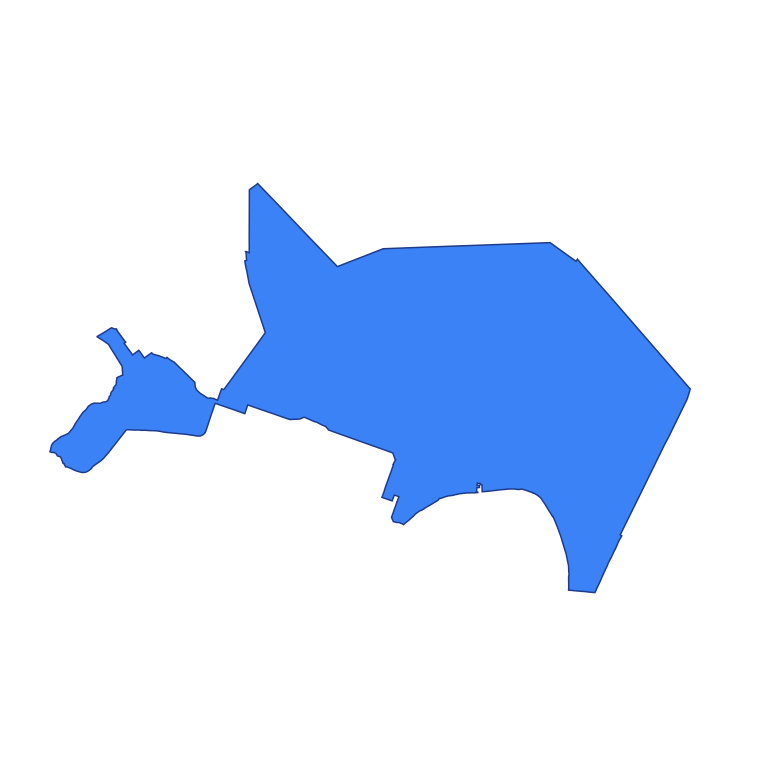 the district of Hilversum, Noord-Holland, Netherlands, rotated 291°
{"feature_id": "6326949B10155979142139", "entity_name": "Hilversum", "entity_type": "district", "adm_level": 2, "iso_a3": "NLD", "parent_name": "Netherlands", "parent_adm1": "Noord-Holland", "projection": "mercator", "projection_center": [5.144, 52.232], "detail": "fine", "context": "isolated", "style": "filled", "palette": "blue", "viewbox_px": 768, "rotation_deg": 291, "n_neighbors": 0, "source": "geoboundaries", "source_scale": "gbopen_adm2", "svg_char_len": 6000}
<svg xmlns="http://www.w3.org/2000/svg" viewBox="0 0 768 768"><g transform="rotate(291 384 384)"><path d="M575.5,488.4L539.6,404.1L528.6,378.3L510.0,334.8L476.9,298.4L494.3,261.2L513.6,220.5L525.9,194.2L524.1,193.3L517.1,188.7L471.3,206.1L463.4,209.2L458.2,211.1L458.3,208.6L458.2,207.9L458.2,207.6L458.0,207.3L457.7,207.7L457.2,208.1L456.6,208.4L450.1,211.4L449.1,210.0L446.8,211.2L444.8,212.4L441.4,214.6L441.3,214.8L429.4,222.1L389.4,254.8L377.2,251.6L321.4,236.5L321.3,234.1L315.3,234.2L309.1,234.4L309.3,232.8L309.4,230.3L309.3,229.4L309.2,229.1L308.9,228.5L308.9,227.2L308.3,226.3L308.0,225.5L307.7,224.6L307.8,223.6L308.1,222.1L308.5,220.6L309.3,216.4L309.4,215.9L310.6,212.9L310.9,212.1L311.2,211.6L312.2,210.2L313.0,209.5L313.7,208.9L314.5,208.4L317.7,206.8L318.0,206.4L318.5,205.1L320.3,200.8L321.2,198.8L322.3,196.4L326.3,186.9L329.3,180.1L329.4,178.8L329.9,175.9L330.4,173.9L331.1,171.9L329.7,171.5L329.7,163.6L329.1,158.3L329.1,157.9L329.3,157.3L329.8,155.8L325.3,152.8L322.4,151.0L324.0,148.5L324.1,148.4L326.8,144.4L327.6,143.0L321.1,138.9L328.9,126.8L330.5,127.9L330.7,127.6L330.6,127.4L337.7,116.5L338.8,114.9L339.4,114.8L339.5,114.5L339.0,113.2L338.8,112.0L338.9,109.8L338.9,109.6L337.2,108.1L336.5,107.7L335.6,106.9L334.4,106.2L325.6,99.2L325.3,99.2L323.8,106.6L322.5,111.8L322.3,112.6L318.6,117.3L315.2,121.9L312.4,125.5L308.4,130.8L306.8,132.9L306.0,133.5L305.4,133.8L298.6,136.9L297.8,135.7L297.0,135.2L296.1,134.2L295.7,133.7L295.2,133.3L294.4,132.5L294.1,132.4L292.6,132.8L290.5,133.2L288.5,133.9L287.6,134.0L286.9,133.9L285.1,133.2L284.4,133.0L283.2,132.8L283.0,133.4L280.6,133.0L279.4,132.6L278.7,132.3L277.8,132.3L275.8,132.6L275.4,132.6L274.9,132.5L274.1,132.1L273.9,132.0L273.6,132.0L272.6,132.3L272.2,132.3L271.2,132.1L269.7,132.0L269.1,131.8L268.4,131.2L267.9,130.8L267.3,130.0L266.8,128.8L266.1,127.9L265.7,127.3L264.7,126.5L264.4,126.2L264.3,125.9L263.8,124.7L263.5,123.6L263.1,122.7L262.2,120.2L261.9,119.6L260.3,118.0L258.9,117.1L257.4,116.1L256.7,115.8L254.3,115.3L253.4,115.0L252.7,114.7L249.9,113.2L248.3,112.8L247.8,112.5L246.5,112.4L244.2,111.7L242.3,111.4L236.4,110.0L233.0,109.6L230.9,109.2L229.6,108.8L228.2,108.2L226.5,107.7L225.4,107.3L224.7,107.0L223.6,105.9L222.3,104.8L221.6,104.0L220.1,102.5L219.6,101.8L218.6,100.9L217.4,100.3L217.0,100.0L216.2,99.3L215.4,99.1L213.7,98.1L212.7,97.3L210.0,96.0L209.5,95.9L207.3,95.6L204.4,96.1L201.1,96.4L201.0,97.6L201.1,98.5L201.2,98.9L201.3,99.1L201.7,100.0L201.7,100.9L201.6,101.7L201.6,102.1L201.5,102.7L201.2,103.3L200.8,103.8L200.0,104.5L199.8,104.9L199.8,105.2L200.0,106.9L200.0,107.5L199.9,107.8L199.9,108.1L199.7,108.4L199.5,108.6L199.2,108.9L198.5,109.7L197.3,110.6L196.4,111.6L195.1,112.5L194.9,112.8L195.0,113.9L195.0,114.0L194.6,114.1L194.3,114.4L192.5,116.4L192.6,116.6L192.8,117.2L192.9,117.6L193.0,118.4L193.0,121.4L192.6,125.8L192.6,127.4L192.7,129.8L193.0,132.7L193.3,134.1L193.5,134.6L194.0,135.9L194.5,136.7L195.1,137.5L195.8,138.2L196.5,138.8L197.3,139.4L200.4,141.2L200.9,141.3L201.6,141.3L202.3,141.5L206.0,143.9L209.9,146.6L213.8,148.7L221.2,151.4L248.3,159.7L248.8,160.0L249.2,160.5L249.4,160.9L250.4,163.9L251.2,166.4L251.7,167.8L253.0,171.1L253.7,173.7L254.9,176.9L255.3,177.8L256.3,181.3L257.9,185.8L258.5,187.6L259.0,189.4L259.7,192.7L260.1,195.3L260.7,197.7L261.1,199.3L262.8,205.4L266.2,217.7L268.6,228.6L269.0,229.7L269.6,231.1L269.9,231.5L271.5,233.0L272.2,233.4L273.0,233.9L274.7,234.5L275.8,234.6L291.8,233.8L305.3,233.3L305.5,234.9L306.1,252.1L306.2,254.9L306.4,264.7L315.6,264.3L316.2,282.9L316.5,290.5L316.9,305.5L317.1,308.4L317.3,309.3L320.9,317.4L321.2,317.9L321.8,318.6L324.1,321.0L324.4,321.6L324.4,322.5L324.3,325.4L324.0,330.3L324.0,332.9L324.2,334.8L323.8,338.8L323.6,340.0L323.5,341.4L323.5,343.8L323.4,344.8L321.8,347.9L321.4,348.3L321.2,348.6L321.4,360.5L322.2,392.0L322.8,416.9L317.7,421.3L317.7,422.0L312.0,421.3L312.0,421.7L311.4,421.8L287.9,422.3L283.5,422.6L277.4,422.7L277.8,433.5L283.0,433.4L284.0,433.5L284.2,438.3L277.1,438.4L262.2,438.8L259.0,441.9L259.0,442.3L258.9,442.3L259.2,444.3L259.2,445.5L260.1,447.8L260.0,449.0L260.0,451.3L259.8,452.2L259.7,452.6L261.3,453.5L261.9,453.7L265.5,455.9L270.4,458.4L270.8,458.7L272.7,459.4L274.2,460.1L278.7,463.0L278.9,463.2L278.9,463.7L280.5,465.1L282.3,466.4L283.0,466.8L294.5,475.9L297.1,476.8L297.2,477.3L297.8,478.2L298.8,479.4L300.3,481.1L301.0,482.0L302.0,483.4L302.6,484.2L304.0,486.9L305.1,488.7L305.5,489.3L305.7,489.5L309.0,494.5L309.2,495.2L309.4,495.4L311.6,499.6L312.6,501.8L313.2,503.5L314.0,505.2L314.6,507.0L316.3,510.5L316.7,510.3L316.8,509.9L316.8,508.9L320.5,507.9L321.6,510.2L323.5,509.5L322.7,507.2L324.9,506.6L325.5,509.8L324.6,510.0L325.1,511.5L318.6,514.3L320.2,517.7L325.2,527.3L326.6,529.9L331.0,538.9L332.8,543.6L333.4,546.3L333.8,547.7L334.0,548.1L335.0,549.6L335.2,550.1L335.3,550.5L335.6,553.9L335.7,556.8L335.7,559.2L335.8,559.2L335.8,561.9L335.6,561.9L335.7,563.9L335.5,565.1L335.0,567.7L334.6,569.0L334.1,570.3L333.7,571.3L331.8,574.0L330.3,576.3L323.9,584.6L322.1,587.2L321.9,587.2L320.6,589.0L321.0,589.2L315.3,594.6L312.3,597.4L311.6,598.0L305.4,603.4L303.4,605.0L295.7,610.9L291.2,614.5L289.8,615.5L286.7,617.4L281.1,621.0L279.8,621.7L275.3,623.6L273.0,624.8L272.1,625.1L270.7,625.3L269.2,625.8L260.7,629.2L257.7,630.2L258.3,632.3L258.7,633.6L258.9,634.5L260.0,638.4L260.4,640.0L260.8,641.0L261.0,642.1L262.1,645.5L263.5,651.1L264.8,655.6L267.8,655.9L269.4,655.9L270.2,656.0L271.4,656.1L278.2,656.6L282.0,656.7L283.1,656.7L283.3,656.7L283.6,656.8L285.9,657.0L287.6,656.9L288.7,657.2L290.4,657.2L292.6,657.5L293.4,657.5L296.0,657.6L297.3,657.5L297.6,657.6L301.4,658.0L301.6,657.9L302.0,658.2L309.6,658.7L310.7,658.8L311.2,658.8L311.4,658.9L311.8,659.0L317.7,659.4L320.0,659.4L322.5,659.6L327.4,660.4L327.9,658.6L379.0,663.3L404.9,665.6L418.4,666.8L426.5,667.5L438.4,668.9L478.4,672.4L484.9,672.1L489.1,671.6L536.0,583.6L541.0,574.3L552.2,553.1L564.2,530.3L569.7,520.0L569.8,519.9L567.4,519.2L568.2,516.0L575.5,488.4Z" fill="#3b82f6" stroke="#1e3a8a" stroke-width="1.5"/></g></svg>